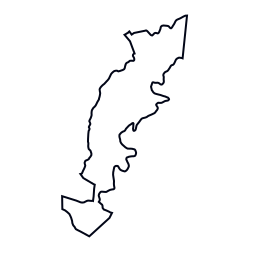 outline of La Resource, Laborie, Saint Lucia, rotated 78°
{"feature_id": "8701671B45952926697202", "entity_name": "La Resource", "entity_type": "district", "adm_level": 2, "iso_a3": "LCA", "parent_name": "Saint Lucia", "parent_adm1": "Laborie", "projection": "albers", "projection_center": [-60.962, 13.748], "detail": "fine", "context": "isolated", "style": "outline", "palette": "ink", "viewbox_px": 256, "rotation_deg": 78, "n_neighbors": 0, "source": "geoboundaries", "source_scale": "gbopen_adm2", "svg_char_len": 5812}
<svg xmlns="http://www.w3.org/2000/svg" viewBox="0 0 256 256"><g transform="rotate(78 128 128)"><path d="M33.8,106.6L34.1,107.2L34.6,107.9L35.0,108.4L35.1,109.1L35.8,111.0L36.1,112.0L43.6,108.0L56.5,106.1L56.5,106.4L56.6,106.9L56.8,107.2L57.5,107.9L58.5,108.2L60.4,107.6L60.9,107.5L61.5,107.5L62.6,107.7L62.9,107.9L63.2,108.2L63.4,108.9L63.3,109.3L63.1,109.9L62.8,111.0L62.7,112.3L62.8,112.6L63.3,113.3L63.7,114.3L64.0,115.7L64.3,116.2L65.0,116.9L65.4,117.2L65.7,117.2L66.6,117.8L68.4,118.6L69.1,119.0L69.6,119.5L69.9,120.2L70.2,121.2L70.3,122.3L70.5,123.7L70.6,125.2L70.6,125.7L69.7,126.8L69.5,127.5L69.4,128.5L69.5,129.7L70.0,130.8L70.9,132.3L71.3,132.8L71.7,133.3L75.6,136.3L76.2,136.9L76.9,137.8L77.6,138.7L77.9,139.3L78.5,140.0L79.3,141.2L79.7,141.7L80.1,142.4L80.5,143.3L81.2,144.5L82.1,145.8L82.8,146.6L83.6,147.3L84.2,147.7L86.0,147.9L87.5,147.9L87.9,148.0L88.3,148.0L89.1,148.3L90.4,148.8L91.7,149.4L93.3,150.3L94.0,150.5L95.9,152.3L98.7,154.5L99.3,155.0L100.3,156.3L100.9,157.4L101.5,158.1L103.0,159.5L103.7,159.9L105.9,160.6L106.8,160.7L107.7,160.9L108.5,161.2L110.5,162.4L112.5,164.0L113.2,164.4L113.5,164.4L114.2,164.2L115.5,164.0L116.1,164.0L116.4,164.1L117.2,164.7L117.8,165.3L118.6,165.9L119.0,166.1L119.4,166.1L120.3,165.8L120.8,165.8L121.5,166.1L122.1,166.6L122.3,166.7L122.7,167.1L123.3,167.3L124.2,167.6L125.4,168.0L126.5,168.3L130.2,169.3L132.7,169.9L133.3,170.0L134.2,169.9L134.9,170.0L136.1,170.3L137.5,170.7L137.9,170.7L138.4,170.8L140.2,170.8L140.5,170.7L142.1,169.6L143.0,169.3L143.7,169.3L145.1,169.1L145.8,169.2L146.9,169.5L147.2,169.7L148.0,170.5L148.7,171.2L149.1,171.9L149.3,172.1L149.9,172.4L150.2,172.9L150.6,173.6L150.7,174.1L151.0,175.5L151.1,176.1L151.2,176.4L151.5,176.7L152.2,177.2L153.1,177.7L153.9,177.7L155.7,177.6L156.1,177.7L157.6,178.6L159.1,179.7L160.3,180.7L162.6,182.3L162.8,182.5L163.1,183.3L163.1,184.1L167.7,182.1L175.9,173.2L176.5,172.3L180.2,173.7L187.9,175.9L192.1,177.4L191.8,177.9L191.7,179.0L191.0,181.1L190.7,182.2L190.8,183.6L191.6,186.6L191.4,188.4L190.8,189.9L189.5,191.8L188.2,193.8L181.0,206.6L193.7,209.1L195.5,206.7L197.6,204.9L200.0,203.2L202.0,202.7L203.9,202.3L207.2,202.0L209.5,202.2L211.8,201.8L213.9,200.7L214.8,200.5L216.1,200.0L217.4,198.5L219.3,196.1L225.9,188.4L212.1,164.8L207.7,161.3L206.8,163.0L205.7,164.2L204.1,166.4L202.7,168.6L200.9,169.4L198.7,169.1L197.6,169.3L196.9,169.9L194.2,171.9L193.4,171.1L192.7,170.7L192.3,170.5L191.4,170.4L190.6,170.5L188.3,170.7L187.8,170.6L187.5,170.5L186.3,169.8L185.3,168.7L184.9,168.2L184.8,167.8L184.8,167.1L184.9,166.6L185.8,163.6L186.0,162.7L185.8,161.8L185.2,160.0L184.8,158.3L184.8,157.7L184.8,156.2L184.9,155.1L184.8,154.6L184.6,154.2L184.4,154.0L183.8,153.7L181.0,153.6L179.6,153.4L177.3,152.8L176.7,152.7L173.4,152.5L170.6,152.3L169.9,152.1L168.0,151.6L167.0,151.1L166.2,150.8L163.9,149.8L163.5,149.6L163.2,149.3L163.0,149.0L162.7,148.3L162.6,147.9L162.6,147.5L162.9,146.3L163.2,145.8L163.4,145.7L164.1,145.4L164.9,145.2L166.2,144.7L166.8,144.4L167.4,144.0L167.9,143.4L168.6,142.5L169.6,140.6L169.8,140.1L169.7,139.6L169.5,139.0L169.2,138.4L168.8,137.8L167.9,136.8L166.1,135.4L165.7,135.2L164.9,135.0L164.1,135.0L163.0,135.1L160.9,135.7L159.7,135.9L159.1,136.1L158.3,136.2L157.4,135.9L157.2,135.8L156.6,135.1L156.5,134.2L156.3,133.0L156.4,130.8L156.6,129.4L156.8,128.3L156.8,127.6L156.6,126.8L156.3,126.5L155.5,125.9L154.5,125.4L154.0,125.3L153.6,125.2L152.5,125.3L151.3,125.5L150.6,125.8L150.3,126.1L150.0,126.6L149.1,128.5L148.6,130.4L148.4,131.4L148.0,132.8L147.2,133.7L146.3,134.6L142.9,137.1L142.1,137.5L141.0,138.0L139.4,138.3L138.1,138.1L137.0,138.1L135.8,138.2L134.8,138.2L133.7,138.0L132.8,137.7L132.4,137.3L132.2,136.9L131.6,136.2L131.1,135.4L130.5,133.8L130.3,132.5L129.9,131.6L129.7,131.3L128.3,130.1L126.4,127.4L125.8,126.5L125.5,125.8L124.8,123.9L124.3,123.0L124.2,122.6L124.2,122.2L124.3,121.9L124.6,121.8L124.8,121.7L125.2,121.8L126.4,122.2L128.3,122.7L129.7,123.2L131.2,123.3L131.6,123.2L131.9,123.0L132.0,122.8L132.0,122.2L131.8,121.7L131.5,121.2L130.8,120.7L129.8,120.2L127.7,119.3L127.1,118.9L126.7,118.6L124.5,115.9L122.6,113.8L121.9,112.9L121.6,112.2L121.5,111.8L121.4,109.0L121.2,107.5L120.5,105.9L120.3,105.2L120.0,103.6L119.7,102.1L119.0,99.2L118.6,98.4L118.2,97.9L117.4,97.1L116.9,96.4L116.3,95.7L115.7,95.2L115.0,94.8L114.5,94.7L114.2,94.7L113.7,94.8L111.9,95.5L111.4,95.6L111.1,95.6L110.7,95.3L110.4,95.0L109.9,94.0L109.6,93.3L109.6,93.1L110.1,91.5L110.3,90.3L110.3,89.8L110.2,89.2L109.4,86.5L109.3,85.7L109.4,84.1L109.4,83.4L109.3,82.9L108.8,82.2L108.5,81.9L108.2,81.9L107.9,81.9L107.5,82.1L106.6,82.6L105.7,84.0L105.0,84.9L104.0,86.9L102.4,89.5L101.7,91.0L100.4,93.6L99.6,94.9L99.3,95.1L98.2,95.9L96.5,96.5L96.1,96.8L92.4,96.9L89.0,94.9L88.6,94.6L88.5,94.2L88.6,93.7L89.1,92.8L89.4,92.2L89.5,91.8L89.8,90.1L89.9,89.5L90.3,88.8L90.7,88.3L92.0,87.2L92.2,86.9L92.4,86.5L92.5,86.0L92.5,85.8L92.3,85.4L91.9,84.7L91.6,84.4L91.1,83.8L90.6,83.5L89.6,83.2L87.8,83.0L85.5,82.4L83.9,82.5L83.4,82.4L83.0,82.2L82.5,81.9L82.2,81.6L81.7,81.0L81.4,80.7L81.1,80.2L80.9,79.6L80.5,77.8L80.0,76.9L78.0,74.8L76.4,73.4L75.9,72.8L75.7,72.3L75.5,70.7L75.1,70.1L74.8,69.7L72.9,68.2L71.6,67.3L70.8,66.5L70.4,65.7L70.2,65.4L69.9,64.1L69.8,63.5L69.9,63.1L70.1,62.5L70.8,60.7L71.2,60.1L30.3,46.9L30.1,48.0L30.1,48.7L30.2,49.3L30.6,50.9L31.5,53.8L31.8,55.1L32.0,56.3L32.4,57.9L32.6,58.3L33.2,59.1L34.0,59.8L35.2,60.7L35.8,61.2L37.9,63.3L38.4,63.7L39.1,64.5L39.4,65.2L39.2,65.6L38.6,66.2L37.4,66.8L36.8,67.3L36.4,68.0L36.0,69.1L35.1,72.0L35.1,72.6L35.1,73.5L35.3,73.9L35.5,74.3L35.8,74.7L36.2,75.0L38.0,75.8L40.5,77.5L41.3,78.3L41.6,78.9L41.6,79.4L40.8,80.9L40.7,81.3L40.7,81.9L40.8,82.4L41.1,82.9L42.1,84.3L42.5,85.1L42.3,85.6L41.8,86.3L41.2,86.7L37.4,88.9L36.5,89.7L36.4,89.9L36.3,90.3L36.4,90.8L36.3,102.3L37.4,105.0L33.8,106.6Z" fill="none" stroke="#020617" stroke-width="2"/></g></svg>